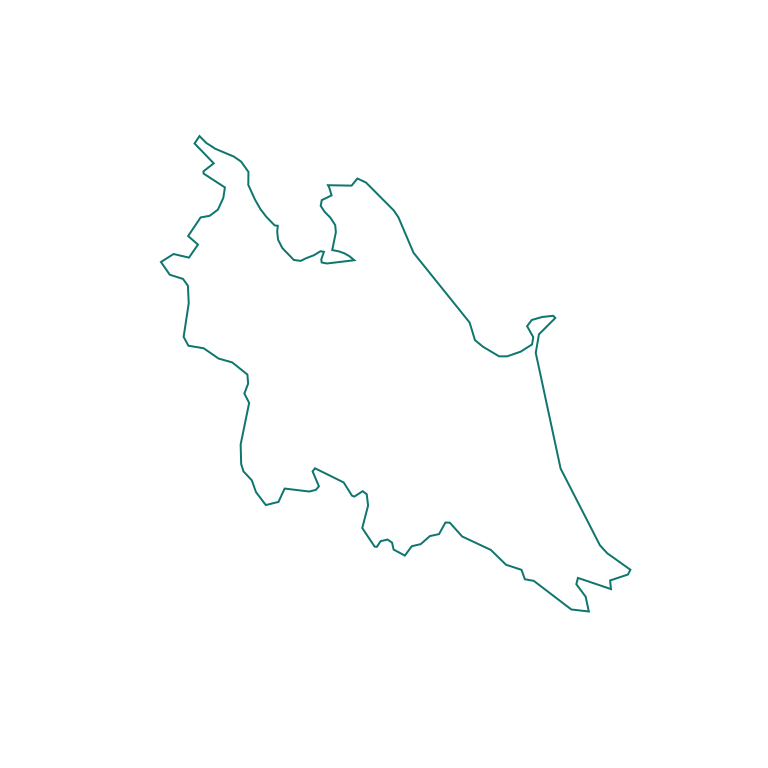 an SVG outline of Dorset, rotated 226°
{"feature_id": "GBR-2051", "entity_name": "Dorset", "entity_type": "Administrative County", "adm_level": 1, "iso_a3": "GBR", "parent_name": "United Kingdom", "parent_adm1": "", "projection": "equal_earth", "projection_center": [-2.221, 50.805], "detail": "fine", "context": "isolated", "style": "outline", "palette": "teal", "viewbox_px": 768, "rotation_deg": 226, "n_neighbors": 0, "source": "natural_earth", "source_scale": "10m", "svg_char_len": 1839}
<svg xmlns="http://www.w3.org/2000/svg" viewBox="0 0 768 768"><g transform="rotate(226 384 384)"><path d="M690.5,423.5L680.8,423.6L670.2,426.1L651.8,434.0L643.1,435.7L630.7,433.8L621.5,424.7L606.3,419.3L595.7,416.6L586.3,415.5L578.7,415.5L574.1,415.5L571.6,417.5L567.7,412.9L561.3,408.0L552.4,405.3L542.3,405.3L535.9,405.3L530.4,409.6L528.7,415.0L525.3,423.1L523.6,430.6L520.8,432.6L517.1,425.3L514.7,423.6L510.3,426.7L493.7,448.6L500.0,447.9L505.7,446.2L511.0,443.5L516.3,439.8L526.6,454.8L532.2,459.3L541.1,461.0L549.1,460.9L556.1,462.2L559.5,466.9L556.1,477.3L563.2,481.0L565.9,481.8L549.2,498.5L550.3,507.6L541.4,511.0L502.2,511.6L494.0,510.2L457.9,496.4L368.8,488.3L352.3,479.9L342.0,481.1L324.0,486.0L318.3,491.9L312.3,504.9L309.6,518.0L314.0,523.9L326.2,527.1L327.4,534.8L322.3,544.4L315.5,553.1L312.5,553.1L312.1,530.0L301.0,514.8L200.5,452.3L118.0,427.3L107.2,427.0L79.2,432.2L77.5,427.1L85.6,410.2L78.8,404.8L109.8,388.8L106.4,383.3L90.9,381.3L78.1,373.3L91.7,362.1L138.3,355.0L145.7,349.7L154.8,353.8L169.2,346.2L190.4,345.6L220.0,334.3L238.5,335.0L241.7,332.0L237.8,319.3L242.7,311.4L243.3,299.2L248.0,291.3L246.1,279.8L258.2,275.9L264.3,279.6L269.6,278.5L273.3,272.4L271.8,265.8L273.5,264.3L295.5,268.3L307.6,288.1L316.7,295.0L321.7,294.2L323.6,284.5L325.9,283.4L341.2,286.6L371.3,275.8L370.7,271.9L355.6,266.1L355.2,261.4L358.6,255.5L377.8,239.9L372.5,226.2L379.0,214.9L395.1,216.8L406.6,222.0L418.8,222.2L425.7,225.7L440.1,238.9L464.1,273.9L474.1,276.9L478.7,286.6L485.7,292.3L505.0,289.8L517.2,282.7L535.0,279.1L547.4,269.9L557.1,272.6L577.7,299.6L590.9,311.2L599.2,312.4L611.4,305.8L626.7,308.3L623.7,322.9L610.4,331.5L613.5,347.0L626.5,345.9L631.2,367.8L626.1,375.4L624.8,385.7L629.5,397.7L635.9,406.1L660.6,400.4L662.4,401.9L661.0,414.8L688.6,414.8L690.5,423.5Z" fill="none" stroke="#0f766e" stroke-width="2"/></g></svg>